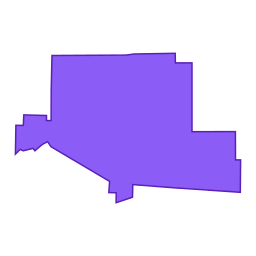 Elk, Pennsylvania, United States of America (orthographic projection)
{"feature_id": "52423323B9746722230596", "entity_name": "Elk", "entity_type": "district", "adm_level": 2, "iso_a3": "USA", "parent_name": "United States of America", "parent_adm1": "Pennsylvania", "projection": "orthographic", "projection_center": [-78.756, 41.416], "detail": "fine", "context": "isolated", "style": "filled", "palette": "violet", "viewbox_px": 256, "rotation_deg": 0, "n_neighbors": 0, "source": "geoboundaries", "source_scale": "gbopen_adm2", "svg_char_len": 526}
<svg xmlns="http://www.w3.org/2000/svg" viewBox="0 0 256 256"><path d="M192.0,62.9L175.4,62.9L175.2,53.3L134.0,54.0L125.9,55.1L88.5,55.3L52.0,55.5L51.2,89.8L51.1,120.6L46.5,120.6L46.5,115.5L23.8,114.9L23.3,125.4L15.9,125.3L15.4,154.1L20.2,149.4L23.2,150.8L33.0,148.4L34.9,150.8L42.2,144.5L47.6,141.7L51.0,146.7L109.6,181.4L108.8,192.6L116.2,192.8L116.1,202.7L132.5,197.2L132.8,184.6L175.3,187.9L240.3,192.3L240.6,159.9L235.5,159.9L235.4,131.6L192.0,131.7L192.0,62.9Z" fill="#8b5cf6" stroke="#5b21b6" stroke-width="1.5"/></svg>